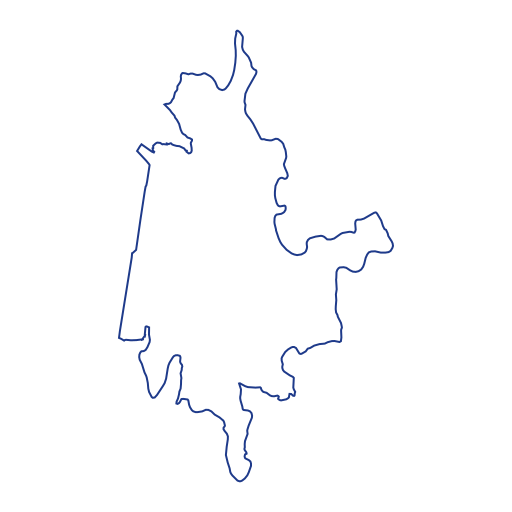 the district of Mosman, New South Wales, Australia
{"feature_id": "25037944B9039648932577", "entity_name": "Mosman", "entity_type": "district", "adm_level": 2, "iso_a3": "AUS", "parent_name": "Australia", "parent_adm1": "New South Wales", "projection": "equal_earth", "projection_center": [151.246, -33.828], "detail": "fine", "context": "isolated", "style": "outline", "palette": "blue", "viewbox_px": 512, "rotation_deg": 0, "n_neighbors": 0, "source": "geoboundaries", "source_scale": "gbopen_adm2", "svg_char_len": 6065}
<svg xmlns="http://www.w3.org/2000/svg" viewBox="0 0 512 512"><path d="M137.1,151.0L146.1,160.6L149.1,164.2L149.6,165.1L147.1,181.6L146.3,185.5L145.6,186.6L144.7,191.6L140.4,219.9L136.1,249.9L132.8,252.9L132.1,253.2L131.7,257.7L119.9,331.0L119.0,337.9L121.1,338.8L124.1,340.6L124.9,340.0L126.1,339.8L131.0,340.3L136.4,340.1L141.3,339.5L141.6,339.9L142.9,339.4L142.7,338.7L144.6,336.0L144.9,336.2L145.2,334.7L144.8,334.4L145.5,327.0L146.0,326.5L146.7,326.4L149.1,327.4L149.0,334.7L149.9,339.8L149.6,342.1L147.4,347.2L145.6,350.0L143.7,351.1L141.4,351.3L140.3,352.5L139.4,354.6L139.2,357.1L139.7,359.7L141.9,364.0L144.5,372.4L146.1,375.7L146.7,377.5L147.8,383.0L148.3,388.7L149.1,392.0L151.7,397.0L152.8,397.8L154.7,397.5L157.0,395.0L162.8,386.2L164.6,383.2L166.1,378.7L167.7,368.6L168.4,365.5L169.5,362.8L172.8,357.4L173.9,356.1L175.6,355.3L177.5,355.2L179.8,355.8L180.3,356.7L180.5,357.8L180.1,361.3L180.2,362.1L180.8,363.5L181.9,364.7L182.3,366.5L181.8,368.1L181.7,370.0L180.6,373.3L181.4,378.1L181.1,380.1L181.0,384.3L180.6,388.6L179.4,391.6L179.0,394.4L178.0,398.5L176.6,401.6L176.4,403.5L177.6,403.9L179.0,403.1L179.9,402.0L181.4,399.1L181.7,399.0L183.5,398.9L187.6,399.5L188.3,400.4L189.1,404.7L190.0,407.2L191.8,410.1L193.2,411.3L195.5,412.1L197.7,412.1L202.2,411.4L205.8,409.8L208.4,409.9L211.4,411.4L214.7,414.6L219.5,417.4L223.4,420.7L224.1,422.2L224.9,425.5L224.7,426.3L223.6,427.6L223.5,429.1L224.5,430.8L226.9,433.8L227.9,436.4L227.8,439.4L226.7,446.7L225.9,455.0L227.7,462.5L229.6,468.3L230.3,472.0L231.0,473.6L232.4,475.5L237.5,480.6L239.6,481.3L240.7,481.2L242.1,480.6L244.8,478.5L247.3,475.4L248.8,472.2L251.0,465.9L251.0,463.5L250.4,461.5L248.8,460.1L245.4,458.4L244.9,457.7L244.6,456.3L245.0,454.6L245.4,454.1L246.5,453.8L246.6,453.3L246.2,452.1L244.8,450.2L244.4,449.0L244.8,447.3L244.7,444.1L245.0,441.1L247.6,433.9L247.2,430.7L247.5,429.3L248.7,425.5L251.9,417.7L252.1,415.7L251.5,413.1L249.9,411.3L247.9,410.5L243.8,410.0L243.2,409.7L242.7,408.9L242.3,406.5L240.6,400.7L240.2,398.5L240.2,396.9L240.7,394.1L241.0,389.4L239.1,383.5L239.9,383.3L245.2,386.2L247.9,387.1L255.5,387.6L260.1,387.3L260.8,387.8L261.4,389.7L262.1,390.7L263.3,391.9L266.6,392.8L270.0,395.4L271.7,396.1L274.0,396.3L277.4,395.6L278.4,396.1L278.8,396.7L278.1,398.7L278.3,399.1L279.8,400.1L281.1,400.4L286.3,399.3L288.1,398.2L288.9,397.4L289.5,393.9L291.2,394.0L293.2,395.8L294.3,395.8L294.6,395.2L294.7,393.5L295.2,391.9L293.8,389.3L293.3,387.6L293.8,377.9L292.9,376.9L289.7,375.3L284.1,371.5L282.9,369.9L282.3,367.9L282.3,366.5L282.8,364.3L281.7,360.7L281.6,358.3L282.2,356.8L285.2,352.0L288.1,349.4L291.2,347.5L292.6,347.0L294.1,347.0L296.0,348.0L299.3,353.4L300.3,353.9L301.5,353.8L305.7,351.4L307.7,348.7L310.3,347.9L314.2,345.6L319.5,344.1L324.8,343.6L327.7,342.2L331.8,341.1L334.5,341.0L339.5,342.0L340.9,341.2L341.4,337.5L341.1,330.7L341.2,329.5L341.9,327.7L341.7,326.2L341.0,323.0L337.8,316.7L337.5,315.1L336.1,312.5L335.7,309.2L335.8,306.2L336.3,300.2L335.9,294.4L336.7,289.3L336.1,279.5L336.3,278.1L336.5,272.0L337.4,269.7L338.6,268.2L339.7,267.5L343.6,267.2L346.3,267.8L350.2,270.4L352.8,271.6L355.7,271.9L358.6,271.2L361.2,269.5L363.1,266.8L364.2,263.9L365.7,257.8L367.2,254.5L368.8,252.4L371.2,251.5L375.0,251.3L380.8,252.6L385.4,252.6L388.6,252.1L390.6,250.9L392.4,247.9L393.0,245.9L392.6,243.4L391.7,241.4L388.3,236.0L387.7,233.4L386.3,230.4L386.0,229.8L384.6,229.2L384.0,228.1L383.0,226.1L381.2,220.5L377.1,213.6L376.2,212.6L375.6,212.4L374.1,212.8L364.0,218.6L360.8,219.6L357.4,219.7L356.1,220.4L355.5,221.4L355.2,223.4L355.7,229.6L355.3,231.2L354.5,232.6L353.7,232.7L351.1,231.9L349.3,231.8L342.5,233.0L340.7,233.9L334.2,238.5L330.7,239.5L327.2,239.4L324.3,236.9L322.6,236.1L321.0,235.8L315.6,236.6L309.9,238.3L308.0,239.9L306.8,242.2L306.7,243.9L307.1,247.0L306.8,248.7L305.9,251.2L304.7,252.6L301.4,254.4L297.1,255.1L294.3,254.5L291.6,253.4L286.6,249.8L282.0,244.7L280.3,242.0L278.6,238.2L276.0,230.3L276.0,229.5L274.6,223.8L274.4,222.0L274.6,217.9L275.3,215.9L276.5,214.6L281.3,213.8L283.0,212.9L284.2,212.0L285.5,209.9L285.7,208.4L285.6,206.9L285.3,206.1L284.5,205.6L280.0,206.4L278.5,205.9L277.7,205.0L276.6,202.9L275.3,198.1L274.9,195.3L274.9,192.0L275.5,185.9L278.4,179.6L279.7,178.4L281.2,177.8L282.5,177.9L284.4,178.8L285.7,178.7L286.8,178.0L287.8,175.9L287.3,173.3L285.1,168.2L284.2,165.8L283.9,164.1L286.1,158.0L286.3,156.5L285.8,152.0L285.3,149.6L284.3,147.3L283.2,143.8L281.6,141.8L278.2,139.2L277.2,138.9L275.6,138.8L271.7,140.3L269.9,140.4L266.1,139.9L264.1,139.2L262.0,139.3L260.8,138.6L253.1,123.6L250.3,119.3L247.4,115.7L245.9,113.3L245.4,111.7L245.0,109.4L245.5,104.9L244.6,102.4L244.5,101.1L245.4,93.7L247.8,88.4L256.0,73.9L256.4,72.4L256.4,71.3L256.1,70.4L253.7,69.1L252.1,67.3L251.5,66.0L251.1,62.7L248.8,57.5L248.0,56.3L243.9,51.7L242.8,49.7L242.1,46.9L242.8,38.7L242.8,37.0L242.3,35.8L239.8,32.2L237.7,30.7L236.9,30.8L236.2,31.7L236.3,33.5L235.2,38.5L235.0,43.4L235.7,50.3L235.8,55.8L235.3,62.7L234.2,70.1L233.0,75.0L230.7,81.0L228.2,85.4L225.7,88.5L224.4,89.5L222.2,90.1L219.3,89.1L217.5,87.3L215.2,81.8L212.7,78.3L210.4,76.3L205.0,73.3L203.6,73.3L200.7,74.6L197.8,75.0L196.0,74.8L192.6,73.6L190.6,73.6L188.4,74.3L185.6,73.4L182.7,73.0L182.0,73.4L181.1,74.8L180.8,76.3L181.0,78.9L180.7,80.8L180.0,82.5L177.4,86.3L177.3,89.3L176.8,90.4L175.0,92.5L173.6,98.1L172.4,99.6L171.0,102.2L170.1,103.0L168.6,103.8L166.0,103.9L164.5,104.5L170.0,110.1L171.6,112.4L174.5,115.7L175.1,117.6L176.9,119.9L179.1,123.9L180.7,129.7L182.1,132.8L183.4,134.1L185.2,135.0L187.5,137.5L190.2,138.4L192.0,139.5L192.0,140.6L190.9,142.7L190.8,143.6L191.6,147.9L191.7,150.7L191.2,152.2L190.1,153.1L188.7,153.4L186.6,151.8L186.8,150.7L186.1,150.5L186.0,150.8L185.5,150.4L184.2,148.5L179.5,146.2L176.5,145.9L173.7,145.1L172.2,144.5L171.0,143.3L170.4,143.3L168.8,144.1L166.8,143.5L166.8,144.5L163.5,144.1L162.3,144.3L160.2,142.9L157.2,142.6L155.7,143.4L153.2,145.7L153.2,148.0L152.8,148.2L153.0,148.4L152.7,148.7L152.8,150.0L153.2,150.8L154.2,151.8L153.8,152.5L151.8,151.6L141.5,144.3L139.9,146.4L137.1,151.0Z" fill="none" stroke="#1e3a8a" stroke-width="2"/></svg>